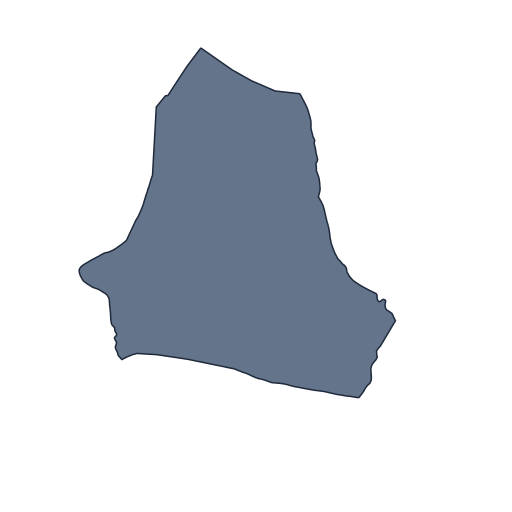 Maswarah, Al Bayda', Yemen (Albers equal-area conic projection), rotated 123°
{"feature_id": "15242507B74981338012196", "entity_name": "Maswarah", "entity_type": "district", "adm_level": 2, "iso_a3": "YEM", "parent_name": "Yemen", "parent_adm1": "Al Bayda'", "projection": "albers", "projection_center": [45.681, 14.409], "detail": "fine", "context": "isolated", "style": "filled", "palette": "slate", "viewbox_px": 512, "rotation_deg": 123, "n_neighbors": 0, "source": "geoboundaries", "source_scale": "gbopen_adm2", "svg_char_len": 4696}
<svg xmlns="http://www.w3.org/2000/svg" viewBox="0 0 512 512"><g transform="rotate(123 256 256)"><path d="M111.6,415.8L111.7,415.6L132.0,417.0L135.5,417.2L157.4,417.3L169.3,417.3L171.0,419.2L185.3,420.8L244.6,386.8L246.3,386.4L248.3,385.9L249.8,385.5L251.8,384.9L253.1,384.5L253.9,384.3L255.8,383.7L257.3,383.4L258.9,383.0L260.8,382.4L262.6,381.9L264.1,381.6L266.3,381.0L267.8,380.5L269.3,380.1L271.1,379.6L273.0,379.0L274.7,378.5L276.9,378.1L278.4,377.7L280.3,377.4L282.0,377.1L283.5,376.9L285.2,376.6L286.9,376.3L288.5,376.3L290.4,376.2L291.6,376.2L312.5,373.3L314.1,373.2L315.5,373.8L317.2,374.3L319.3,375.0L321.2,375.7L322.6,376.4L324.1,376.9L325.6,377.5L327.3,378.3L329.1,379.2L330.9,380.3L332.5,381.4L333.9,382.6L335.0,383.8L336.4,384.9L338.0,385.9L339.6,386.7L341.3,387.5L342.7,388.3L344.1,389.1L345.6,389.9L347.2,390.8L348.9,391.8L350.3,392.5L351.8,393.2L353.3,393.9L354.6,394.6L356.3,395.4L357.7,396.0L359.1,396.6L360.6,396.9L362.2,397.0L362.9,396.9L363.8,396.8L365.1,396.0L365.3,395.9L366.3,394.9L367.4,393.7L368.5,392.0L369.4,390.4L370.3,388.8L370.8,387.4L371.1,385.8L371.1,384.9L371.2,384.0L371.3,382.5L371.3,380.8L371.2,379.1L371.2,377.8L371.2,377.4L371.2,375.9L370.8,374.2L370.4,372.8L370.0,371.2L369.8,369.6L369.6,368.0L369.6,366.2L369.6,364.4L369.6,362.8L369.6,361.3L369.9,359.4L370.8,357.6L371.6,356.3L372.8,355.1L374.0,354.2L375.5,353.0L376.8,352.2L378.2,350.9L379.4,349.9L380.8,348.8L382.1,347.8L383.6,346.6L385.1,345.6L385.5,345.3L386.5,344.5L387.9,343.5L389.5,342.2L390.0,341.7L390.7,341.2L391.4,340.4L391.7,340.0L392.4,338.7L392.8,337.1L393.2,335.4L394.5,334.6L395.6,333.6L396.5,331.9L397.4,330.3L398.8,329.8L400.3,330.2L401.9,330.1L403.0,328.6L403.7,327.2L404.5,325.8L406.1,325.2L407.9,324.8L409.3,324.2L410.4,322.9L411.3,321.5L412.1,320.1L413.1,318.9L414.2,317.7L414.8,316.3L415.2,314.6L415.7,313.0L415.9,312.1L411.2,309.4L408.7,307.7L406.2,306.0L403.8,303.8L402.6,302.8L392.8,285.5L384.8,268.0L380.0,257.4L378.9,254.7L362.1,211.7L362.2,210.9L361.4,207.4L360.7,203.7L359.8,200.5L359.2,197.0L358.8,193.7L358.3,190.6L357.4,187.0L356.2,184.0L355.2,180.6L354.4,177.0L353.6,173.8L352.2,171.2L350.7,168.3L350.5,168.0L349.3,165.6L348.0,162.8L346.7,159.3L345.7,155.8L344.3,151.9L343.0,148.9L341.8,145.9L340.5,142.6L339.2,139.6L337.7,136.0L336.2,132.7L334.6,129.4L333.0,126.1L331.7,122.9L330.7,119.9L329.8,117.6L329.1,115.6L327.8,112.2L326.3,109.0L325.0,105.8L323.6,102.8L322.2,100.1L320.9,97.1L319.6,93.9L318.5,92.5L310.7,92.0L307.6,92.3L304.0,92.1L300.9,91.2L297.8,91.6L295.1,93.0L292.4,95.0L290.1,96.8L287.5,98.5L284.3,99.5L281.3,99.4L278.2,98.9L274.9,99.1L272.7,101.2L270.0,103.2L266.7,103.1L263.7,102.6L234.4,103.8L230.2,110.5L230.1,112.0L230.0,113.7L230.0,115.3L230.1,116.9L229.5,118.4L228.5,119.7L227.3,120.7L226.4,121.3L226.0,121.5L224.6,122.1L223.1,122.7L222.5,124.1L223.0,125.6L224.3,126.4L225.8,126.8L227.2,127.6L227.0,129.3L226.2,130.8L225.0,131.8L223.6,132.7L222.5,133.7L222.1,135.2L222.4,137.0L222.6,138.5L222.7,140.1L223.0,141.9L223.1,143.5L223.3,145.5L223.5,147.3L223.6,148.9L223.7,150.6L223.8,152.1L223.8,154.0L223.8,156.1L223.8,156.3L223.8,157.7L223.7,159.4L223.6,161.0L223.3,162.6L222.8,164.4L222.3,166.1L221.7,167.6L220.9,168.9L220.2,170.4L219.2,171.7L218.0,172.6L216.8,173.9L216.0,175.5L215.6,177.1L215.6,178.7L215.2,180.3L214.7,181.8L214.2,183.4L213.9,185.3L213.2,186.7L212.5,188.1L211.5,189.8L210.7,191.3L209.8,192.6L208.9,193.9L207.8,195.4L207.2,196.3L206.8,196.7L205.8,198.0L204.7,199.5L203.5,200.7L202.1,202.0L201.1,203.1L199.8,204.2L198.3,205.5L196.6,206.8L195.1,208.2L193.9,209.3L192.8,210.4L191.7,211.6L190.3,213.0L189.1,214.5L187.9,215.9L187.6,216.1L186.4,217.4L185.3,218.6L184.0,219.9L183.0,221.0L181.9,222.1L180.6,223.3L179.5,224.5L178.2,226.0L177.2,227.3L176.3,228.7L175.4,230.1L174.6,231.5L173.9,233.0L173.1,234.3L172.5,235.7L172.5,236.0L171.8,236.1L170.2,236.6L168.8,237.1L167.3,237.6L165.9,238.2L164.6,238.9L163.4,239.9L162.1,240.9L160.8,241.8L159.6,242.8L158.3,243.9L157.0,245.0L155.7,246.4L154.8,247.6L153.5,249.2L152.6,250.4L151.7,251.7L150.4,252.6L149.0,253.5L147.6,254.6L146.5,255.7L144.8,256.2L143.3,256.2L141.6,256.8L140.6,257.8L139.2,259.3L138.1,260.5L136.9,261.7L135.7,262.7L134.4,263.9L133.3,264.9L132.2,266.1L131.1,267.3L130.0,268.4L128.7,269.2L127.2,269.6L126.1,271.1L125.3,272.6L124.2,274.0L123.1,275.0L121.9,276.4L120.8,277.5L119.6,278.9L118.3,279.9L117.0,280.7L115.3,281.8L114.0,282.7L112.7,283.7L111.3,285.1L109.9,286.6L108.8,287.9L107.7,289.2L106.5,290.6L105.4,291.9L104.3,293.3L103.3,294.8L102.4,296.3L101.6,297.6L100.7,299.2L99.8,300.7L99.1,302.1L98.1,303.8L97.3,305.2L96.6,306.5L96.1,307.5L96.4,308.4L107.2,329.9L110.4,348.9L111.5,355.1L112.9,377.3L111.6,415.8Z" fill="#64748b" stroke="#1e293b" stroke-width="1.5"/></g></svg>